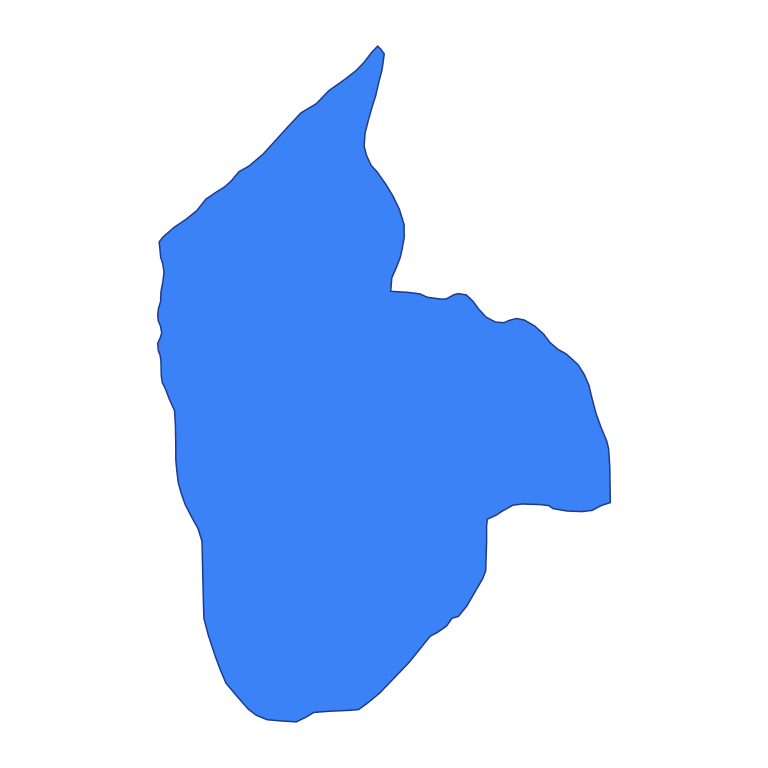 outline of Mvoung, Ogooué-Ivindo, Gabon
{"feature_id": "22940354B15845982668686", "entity_name": "Mvoung", "entity_type": "district", "adm_level": 2, "iso_a3": "GAB", "parent_name": "Gabon", "parent_adm1": "Ogooué-Ivindo", "projection": "equal_earth", "projection_center": [12.149, 0.446], "detail": "fine", "context": "isolated", "style": "filled", "palette": "blue", "viewbox_px": 768, "rotation_deg": 0, "n_neighbors": 0, "source": "geoboundaries", "source_scale": "gbopen_adm2", "svg_char_len": 1967}
<svg xmlns="http://www.w3.org/2000/svg" viewBox="0 0 768 768"><path d="M377.7,46.1L371.8,52.2L364.0,62.4L356.3,70.4L344.9,79.3L328.8,90.7L316.3,103.7L307.9,108.7L300.9,112.9L288.2,126.5L263.2,154.0L248.9,166.1L239.0,171.6L231.7,180.4L225.4,186.3L215.5,192.6L205.9,199.1L196.8,210.6L185.5,219.7L174.3,227.2L163.1,236.9L159.1,242.0L159.7,247.0L160.7,257.4L162.8,264.0L164.0,272.0L162.9,281.7L161.0,291.5L160.6,301.5L158.5,308.4L157.7,315.0L158.3,320.8L160.6,326.4L161.7,333.0L160.3,337.7L157.7,343.3L158.3,350.5L160.3,355.9L161.0,362.5L161.2,373.6L161.4,376.8L162.3,382.6L165.3,388.6L169.3,399.1L174.5,410.5L175.4,425.1L175.7,440.4L175.8,451.4L175.8,460.0L176.8,470.5L178.2,482.3L181.3,493.6L185.3,504.8L192.4,518.4L198.1,528.7L202.0,541.3L203.3,598.1L203.9,618.2L208.2,634.8L215.2,656.1L219.9,668.7L226.0,683.2L237.1,696.4L248.3,709.2L256.4,715.3L267.1,719.7L280.6,720.9L296.3,721.9L306.0,717.1L313.9,712.4L330.0,711.2L348.1,710.4L358.6,709.6L367.6,703.0L379.7,693.0L409.0,662.5L430.2,636.2L437.7,632.2L446.6,626.0L452.1,618.2L458.3,616.5L466.6,606.3L482.6,578.8L485.7,570.8L486.6,541.7L486.6,525.9L487.3,519.2L496.8,514.8L501.8,511.4L512.9,505.2L521.9,504.0L540.7,504.6L548.9,505.6L553.0,508.6L566.9,511.0L582.2,511.6L592.1,510.4L601.5,505.4L610.3,502.6L609.8,467.2L608.6,448.6L606.6,440.6L601.2,427.8L596.0,413.4L591.2,395.1L589.1,385.8L584.3,374.6L578.2,364.9L573.3,360.3L566.1,353.9L558.2,349.5L550.1,342.7L543.8,334.3L534.5,325.9L524.3,320.0L516.5,318.5L509.2,320.4L504.0,322.7L495.5,322.1L485.9,317.0L478.6,309.0L473.1,301.4L466.3,294.9L458.4,293.6L454.2,294.6L446.3,298.9L441.2,299.1L427.1,297.2L419.7,293.8L407.2,292.3L390.7,291.3L391.8,277.8L396.3,267.6L400.3,257.3L402.1,249.1L404.2,237.5L404.1,224.6L399.4,209.4L393.2,196.5L386.1,184.7L377.1,171.9L371.2,165.5L366.5,155.4L364.1,146.1L365.1,133.0L368.6,119.3L372.3,106.3L375.7,95.7L379.1,80.9L381.9,70.4L383.3,61.1L384.2,53.9L380.9,49.3L377.7,46.1Z" fill="#3b82f6" stroke="#1e3a8a" stroke-width="1.5"/></svg>